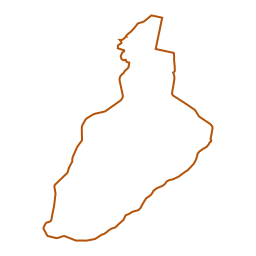 outline of Haarlemmermeer, Noord-Holland, Netherlands
{"feature_id": "6326949B97819203783200", "entity_name": "Haarlemmermeer", "entity_type": "district", "adm_level": 2, "iso_a3": "NLD", "parent_name": "Netherlands", "parent_adm1": "Noord-Holland", "projection": "mercator", "projection_center": [4.677, 52.324], "detail": "fine", "context": "isolated", "style": "outline", "palette": "amber", "viewbox_px": 256, "rotation_deg": 0, "n_neighbors": 0, "source": "geoboundaries", "source_scale": "gbopen_adm2", "svg_char_len": 5498}
<svg xmlns="http://www.w3.org/2000/svg" viewBox="0 0 256 256"><path d="M206.6,146.9L207.0,146.5L207.6,145.7L208.8,144.2L209.0,143.8L209.8,142.2L210.2,141.9L210.6,141.7L210.9,141.6L211.0,141.5L211.0,141.3L211.1,140.9L211.2,140.7L211.3,140.4L211.2,140.1L210.8,139.5L210.7,139.1L210.6,138.9L212.5,128.7L212.5,128.1L212.5,127.7L212.4,127.0L212.3,126.4L212.1,126.4L211.9,126.0L211.6,125.5L211.2,125.0L210.8,124.5L210.2,124.0L199.3,116.7L199.1,116.4L198.8,116.1L195.3,110.5L195.1,110.2L194.5,109.7L193.0,108.6L182.7,101.7L176.6,97.8L173.6,95.9L173.2,95.6L172.9,95.3L172.6,94.9L172.4,94.5L172.2,94.2L172.1,93.8L172.1,93.1L172.1,92.6L173.1,87.0L174.0,81.5L174.3,79.7L174.4,79.0L174.4,78.4L174.4,77.3L174.3,76.5L174.1,75.4L173.8,74.3L173.4,73.4L173.1,72.7L173.6,72.4L174.8,71.1L174.7,66.6L174.6,65.8L174.4,62.9L174.3,62.4L174.1,60.5L174.1,59.1L174.1,55.9L174.0,55.4L174.0,54.2L174.0,53.3L173.9,53.1L173.5,52.9L172.8,52.7L155.7,49.0L156.5,45.1L157.0,42.6L157.1,42.2L158.3,36.5L159.4,31.1L159.6,30.5L161.1,22.8L162.2,17.7L151.9,15.5L151.4,15.4L145.5,20.3L145.1,20.6L144.3,21.2L143.4,21.7L142.7,22.0L142.3,22.1L137.9,23.4L133.9,28.5L132.2,30.3L131.4,31.1L130.7,31.8L129.9,32.5L129.3,32.9L128.6,33.4L128.1,33.8L126.5,35.5L126.5,36.0L126.4,35.9L126.2,36.1L126.3,36.2L125.7,37.0L122.8,39.5L122.2,39.8L121.7,40.0L121.4,40.1L121.1,40.1L119.9,40.0L120.2,40.3L120.4,40.6L120.7,41.1L121.0,41.6L121.3,42.4L121.4,42.7L121.4,43.1L117.9,45.5L117.8,48.3L121.5,49.5L124.1,50.3L124.1,51.3L122.2,52.6L120.7,56.3L121.5,59.0L123.5,60.3L125.7,59.8L126.6,61.9L129.3,62.7L128.6,66.2L128.7,66.3L128.8,66.8L128.7,67.0L128.5,67.3L128.4,67.5L128.2,67.8L127.3,68.7L125.5,70.2L125.2,70.5L124.8,71.0L124.3,71.8L123.7,72.7L123.5,73.1L123.3,73.4L122.8,73.7L122.0,74.3L121.8,74.5L121.2,75.2L120.7,75.8L120.4,76.3L120.0,77.1L119.9,77.5L119.7,78.2L119.6,78.5L119.6,78.9L119.5,79.3L119.5,79.5L119.6,80.3L119.7,81.0L120.6,85.1L121.9,91.2L122.2,92.4L122.5,94.0L122.6,94.4L122.7,94.8L122.8,95.6L122.8,95.9L122.8,96.6L122.7,96.9L122.7,97.1L122.6,97.3L122.5,97.6L122.4,98.0L122.1,98.5L121.9,98.9L121.6,99.3L121.4,99.6L121.0,100.1L120.5,100.5L113.9,105.2L112.6,106.1L107.7,109.6L107.3,109.9L105.6,111.0L105.1,111.3L104.6,111.5L104.2,111.6L101.5,112.3L98.6,112.9L95.5,113.6L94.5,113.9L94.2,114.0L93.4,114.3L87.6,117.8L87.0,118.2L86.4,118.7L86.0,119.2L85.7,119.4L85.5,119.7L85.1,120.3L83.2,123.7L82.6,124.7L82.3,125.4L82.2,125.9L82.0,126.6L81.9,127.2L81.8,127.6L81.8,128.4L81.8,129.9L81.9,133.9L81.9,134.4L81.9,135.3L82.0,137.6L82.0,139.3L82.0,139.6L82.0,139.9L81.9,140.1L81.8,140.5L81.6,140.8L81.3,141.3L81.0,141.7L79.0,144.4L78.1,145.7L77.7,146.2L77.4,146.6L77.1,147.2L76.6,148.2L76.5,148.5L73.7,154.8L73.4,155.4L73.1,156.2L72.8,156.8L72.6,157.6L72.6,157.8L72.4,158.7L72.3,159.0L72.3,159.4L72.3,161.0L72.2,161.3L72.2,161.6L72.1,161.9L70.7,164.4L70.6,164.6L69.3,167.0L69.1,167.4L68.9,167.8L68.2,170.3L68.1,170.7L67.6,172.2L67.5,172.6L67.3,172.9L67.1,173.2L64.6,175.5L55.1,184.6L55.0,184.8L54.7,185.1L54.6,185.4L54.5,185.6L54.4,185.9L54.4,186.2L54.4,186.4L54.5,186.9L54.7,188.7L54.9,189.7L55.0,190.2L55.5,193.5L55.5,194.0L54.2,205.0L54.0,206.0L54.0,206.4L53.9,206.7L53.9,206.9L53.7,207.6L53.6,208.5L53.0,211.0L52.2,215.1L52.0,216.3L51.8,217.4L51.6,218.4L51.3,219.8L51.3,220.1L51.2,220.3L50.9,220.7L50.7,221.0L50.4,221.3L50.2,221.4L50.0,221.6L49.8,221.6L48.7,222.0L47.7,222.3L46.7,222.6L46.1,223.0L45.8,223.3L45.5,223.7L44.5,225.5L43.7,227.3L43.6,227.6L43.5,228.0L43.5,228.3L43.5,228.7L43.6,228.9L43.6,229.1L43.8,229.3L45.5,232.3L47.2,235.5L47.4,235.7L47.5,235.9L48.5,236.2L55.9,238.0L56.8,238.1L57.0,238.1L57.4,238.0L57.9,237.9L58.1,237.8L61.6,236.7L63.0,236.2L63.3,236.2L63.6,236.1L64.0,236.1L64.3,236.1L64.8,236.2L73.0,239.4L75.7,240.5L76.0,240.5L76.4,240.6L78.9,240.5L86.3,240.6L87.0,240.5L88.2,240.3L91.0,239.8L92.3,239.5L92.6,239.5L92.9,239.4L94.3,239.1L94.9,239.0L95.4,238.8L96.3,238.2L98.1,237.1L98.9,236.6L99.2,236.3L100.9,235.2L101.0,235.2L101.5,234.9L101.9,234.7L102.5,234.3L103.3,234.2L104.0,234.0L106.0,232.6L106.9,231.9L107.2,231.7L108.3,230.7L108.7,230.4L110.9,229.0L111.5,228.7L112.0,228.5L115.0,227.5L115.4,227.3L115.7,227.1L116.2,226.6L117.4,225.4L117.6,225.1L117.9,224.9L118.0,224.8L118.4,224.3L118.5,224.3L118.9,223.9L122.7,220.6L123.3,220.0L123.7,219.5L124.0,218.9L125.2,216.1L125.3,215.9L125.5,215.6L125.6,215.4L125.9,215.2L126.3,215.0L126.9,214.8L129.1,213.9L130.3,213.1L131.6,212.3L132.4,211.9L133.0,211.6L134.7,211.1L137.8,210.3L138.4,210.1L138.6,210.0L138.7,209.8L140.7,207.8L140.8,207.6L141.1,207.0L141.4,206.3L141.6,205.8L141.9,205.2L145.7,198.9L145.9,198.6L146.4,198.1L147.5,197.4L148.2,197.0L148.4,196.8L149.0,196.4L149.3,196.1L150.3,195.4L150.6,195.1L150.9,194.8L151.4,194.1L151.5,194.0L152.2,193.1L152.4,192.9L152.6,192.5L152.9,191.8L153.2,191.3L153.4,190.9L153.7,190.5L153.9,190.4L154.6,190.0L154.8,189.9L155.1,189.6L155.5,189.2L155.8,188.9L156.1,188.7L156.3,188.6L156.8,188.3L157.5,187.9L158.4,187.5L160.1,186.8L161.9,186.2L162.1,186.1L162.5,185.9L164.4,184.4L165.2,183.7L165.3,183.6L165.7,182.9L165.8,182.7L166.1,182.2L166.3,181.9L166.5,181.7L166.7,181.4L166.9,181.3L167.1,181.2L168.0,180.7L168.4,180.6L169.1,180.2L169.8,180.0L170.2,179.8L172.0,179.6L172.6,179.4L174.5,178.6L177.8,177.0L178.5,176.6L179.2,176.2L183.7,172.9L184.6,172.2L187.2,170.5L187.7,170.2L188.0,170.0L188.2,169.7L193.1,164.5L193.5,164.1L193.9,163.5L194.1,163.1L195.8,160.1L195.9,159.9L197.1,156.2L197.3,155.0L197.7,153.5L197.8,153.3L199.7,151.3L201.3,150.1L202.8,149.0L206.4,147.0L206.6,146.9Z" fill="none" stroke="#b45309" stroke-width="2"/></svg>